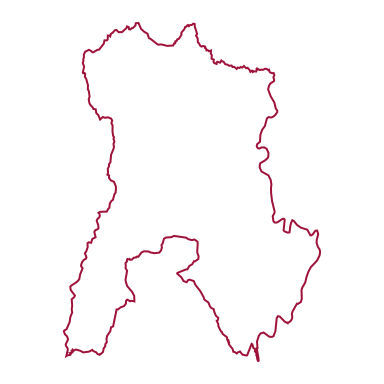 Anserma, Caldas, Colombia
{"feature_id": "7082276B96193110917166", "entity_name": "Anserma", "entity_type": "district", "adm_level": 2, "iso_a3": "COL", "parent_name": "Colombia", "parent_adm1": "Caldas", "projection": "equal_earth", "projection_center": [-75.766, 5.199], "detail": "fine", "context": "isolated", "style": "outline", "palette": "rose", "viewbox_px": 384, "rotation_deg": 0, "n_neighbors": 0, "source": "geoboundaries", "source_scale": "gbopen_adm2", "svg_char_len": 5875}
<svg xmlns="http://www.w3.org/2000/svg" viewBox="0 0 384 384"><path d="M319.6,255.4L320.1,251.8L319.6,249.5L317.9,246.9L316.6,242.8L316.8,239.6L318.2,234.3L317.2,230.6L315.3,230.8L312.7,234.4L311.5,235.3L310.4,235.3L307.3,229.7L301.0,227.7L297.1,225.0L293.7,220.9L292.3,220.2L291.1,222.8L290.3,226.1L289.5,232.3L287.9,232.7L284.3,231.3L283.6,230.2L284.7,220.0L284.3,219.0L283.3,218.7L282.1,219.1L277.9,222.0L276.1,222.7L274.5,222.4L273.4,221.1L272.7,216.2L274.5,212.9L274.6,211.4L272.1,201.3L271.1,193.0L271.0,187.9L271.4,184.4L270.7,180.0L268.4,175.3L261.6,171.6L259.7,167.6L259.8,164.5L260.3,163.2L264.9,160.5L267.5,158.2L268.3,156.7L268.5,152.9L266.7,148.9L264.3,147.4L261.3,147.5L259.6,148.5L258.1,148.3L257.1,147.2L256.7,146.0L257.2,144.2L260.0,141.7L260.4,134.7L262.2,129.7L264.9,126.0L266.9,118.5L268.5,117.1L271.3,117.5L273.5,116.5L275.4,114.8L277.3,112.0L277.2,110.5L275.8,108.6L274.4,102.6L270.6,96.1L268.1,89.3L269.1,85.5L270.3,83.6L274.1,81.0L274.1,79.5L273.4,77.4L274.4,75.1L273.6,73.0L272.7,73.3L270.2,72.5L269.4,71.5L269.1,69.7L268.0,70.0L266.8,69.0L265.3,68.7L262.9,69.9L261.4,69.6L259.7,70.1L257.0,68.4L256.5,68.9L256.8,70.4L256.1,71.6L254.0,71.2L252.9,72.0L252.6,70.9L252.0,70.6L250.4,71.9L249.5,69.9L247.6,67.8L246.1,68.2L243.9,66.0L242.2,67.6L240.7,67.0L239.4,68.0L237.9,67.5L236.7,68.9L234.2,66.8L232.5,67.0L231.6,65.5L229.2,65.8L227.6,64.7L225.2,64.2L223.6,61.7L222.1,61.4L221.3,60.5L220.0,62.7L217.5,61.7L216.7,62.3L216.6,63.9L214.3,63.1L213.5,61.7L213.8,59.6L211.6,58.7L211.8,55.2L210.8,53.5L211.0,50.5L208.8,51.2L207.7,50.1L206.5,50.4L206.1,48.5L204.9,47.9L205.1,46.6L203.1,46.0L201.4,46.6L199.9,45.3L199.2,43.5L197.9,42.4L197.6,38.2L196.0,35.6L197.1,34.0L194.8,26.6L194.7,24.0L193.3,23.6L191.8,25.0L190.0,25.1L188.9,26.2L188.1,25.0L187.3,25.3L186.4,26.7L185.2,26.9L184.4,29.1L181.6,32.4L181.3,33.3L181.5,34.6L179.8,37.5L178.6,39.1L177.3,39.3L176.5,41.2L175.3,41.3L175.2,43.3L174.2,43.4L173.1,45.5L167.2,45.9L161.3,44.4L158.5,44.7L157.0,44.0L151.0,39.2L148.9,38.1L147.5,33.7L144.1,31.7L141.0,28.8L138.5,23.0L135.8,23.2L135.4,25.6L132.7,28.1L131.8,28.1L130.4,29.4L129.0,29.2L128.7,27.1L127.0,26.4L126.4,28.1L122.0,32.1L118.5,32.1L116.5,30.0L114.9,30.2L112.8,32.6L110.8,34.0L110.2,36.4L109.1,35.5L107.8,35.5L107.7,39.4L107.0,40.3L104.5,40.3L103.8,43.6L99.1,49.6L97.3,49.9L93.3,52.3L92.2,52.2L91.5,51.2L88.9,49.8L85.1,51.8L83.9,54.5L83.9,57.3L83.3,59.5L83.4,61.6L82.7,62.7L84.1,66.6L82.8,72.8L83.2,73.3L84.5,73.0L85.2,73.7L84.9,76.9L86.2,78.8L88.0,85.4L87.8,89.2L88.8,91.0L89.6,96.6L88.7,99.2L89.5,103.5L91.2,106.0L92.7,107.3L93.4,109.0L95.7,109.3L96.3,113.1L98.2,114.9L100.1,119.5L102.8,117.0L104.9,117.8L107.9,117.3L111.0,118.5L112.2,120.5L111.4,123.1L112.6,125.5L112.5,131.5L113.1,135.7L114.0,137.1L113.5,138.8L114.4,141.7L113.5,143.9L113.9,146.6L113.7,148.4L111.1,154.7L110.4,162.4L109.0,164.2L109.0,166.2L107.8,168.8L108.0,172.9L107.4,174.7L109.1,175.4L109.0,177.9L110.8,180.4L114.0,181.8L115.8,186.2L116.0,188.5L115.6,192.7L114.4,194.3L113.0,199.7L111.2,201.2L109.8,203.6L109.4,207.7L108.1,209.0L106.8,211.6L100.2,211.8L98.5,212.9L99.5,213.9L99.8,215.9L99.3,217.3L97.2,219.3L96.7,220.8L98.3,225.3L98.5,228.1L97.6,229.2L95.2,230.3L94.3,232.0L95.6,237.2L92.3,239.0L91.1,242.8L88.6,242.3L87.5,243.2L87.7,247.1L86.2,251.5L84.9,253.2L86.5,257.3L85.9,258.7L83.9,259.8L82.3,261.8L81.2,264.5L81.1,266.2L82.6,268.2L80.2,274.3L79.2,279.4L76.6,282.1L70.8,285.9L70.3,287.0L70.7,290.0L74.9,295.5L74.4,296.9L71.7,299.3L72.2,305.8L71.7,309.3L72.2,312.5L70.3,317.2L69.6,322.2L66.6,329.1L64.1,330.7L63.9,331.6L65.0,334.4L67.1,336.4L67.9,338.7L67.9,339.8L65.7,344.4L65.9,345.6L67.6,348.4L67.8,349.8L66.3,356.1L67.4,355.4L70.2,354.9L71.0,353.6L70.1,353.0L72.3,352.4L71.7,351.2L72.4,351.1L72.2,350.3L72.5,349.6L73.7,350.8L75.3,349.7L76.4,349.6L80.6,350.9L83.2,352.4L89.1,351.6L92.3,349.9L93.3,351.1L96.2,352.3L97.6,354.1L99.6,354.8L100.0,354.0L101.2,353.7L103.1,351.8L103.6,348.5L105.2,346.4L105.3,344.2L106.8,342.2L106.5,339.0L107.2,335.7L110.3,331.2L111.0,327.4L113.1,326.4L116.6,309.4L117.8,309.5L120.9,307.2L124.0,306.1L125.9,303.6L126.0,301.0L126.9,299.8L127.5,299.7L130.1,301.3L131.2,300.8L134.4,301.4L134.2,295.9L132.2,292.0L127.3,286.2L125.9,282.3L125.5,279.8L127.1,270.8L125.5,268.0L125.8,266.2L125.5,263.0L126.9,261.6L127.1,259.3L127.5,259.0L129.1,259.5L129.6,259.0L130.3,259.8L131.9,259.6L133.8,257.7L136.1,257.5L136.4,256.8L137.2,256.5L138.3,256.8L141.3,252.6L143.9,251.3L148.7,251.5L150.3,252.4L154.6,253.2L159.3,252.6L161.1,250.4L161.9,247.3L161.5,245.1L162.7,243.4L163.9,238.8L166.1,237.5L171.3,237.2L174.0,235.9L186.3,237.7L188.1,239.1L191.8,240.1L194.5,239.5L197.5,241.6L197.7,244.6L197.2,251.4L197.4,253.0L198.6,256.2L198.3,259.0L194.9,261.4L194.0,261.2L192.2,264.3L189.4,265.9L187.4,269.4L186.0,269.4L177.9,272.7L177.2,273.2L177.4,273.9L181.2,277.1L183.6,281.1L186.7,282.2L188.1,280.1L189.8,279.7L193.8,281.1L195.3,284.7L200.2,291.0L203.6,297.1L204.4,299.6L208.4,302.5L210.0,306.4L211.3,308.0L213.7,309.1L214.3,311.9L215.9,315.7L218.3,317.9L217.8,320.1L216.7,320.9L218.2,323.8L218.4,326.3L221.0,331.4L222.0,332.0L222.6,333.9L226.9,337.2L227.3,339.7L227.6,340.3L228.3,340.1L229.0,342.3L228.4,342.3L229.2,344.7L232.7,349.1L233.3,351.8L234.5,351.9L236.8,353.5L237.7,352.4L240.0,351.5L242.4,354.6L246.3,355.5L247.2,355.2L251.6,343.9L252.4,344.4L253.3,347.9L255.3,349.3L254.9,351.5L255.9,352.3L256.5,354.0L256.3,355.5L256.9,356.2L257.2,358.8L257.9,360.9L258.2,361.0L258.7,360.7L258.3,357.2L256.7,348.2L257.5,348.0L257.0,341.5L258.8,335.9L260.5,333.5L263.6,332.5L269.3,336.7L271.9,336.9L273.5,336.2L275.4,331.2L276.7,318.1L277.9,316.2L279.7,316.5L284.7,321.6L287.7,323.2L287.9,322.5L289.0,322.3L290.9,320.7L292.1,318.6L292.3,316.4L291.8,313.7L292.8,311.0L296.9,303.7L297.8,303.9L300.8,302.1L301.8,298.8L301.5,289.9L302.4,287.3L305.2,282.6L306.4,277.4L308.2,272.2L310.7,267.3L317.1,260.5L319.6,255.4Z" fill="none" stroke="#9f1239" stroke-width="2"/></svg>